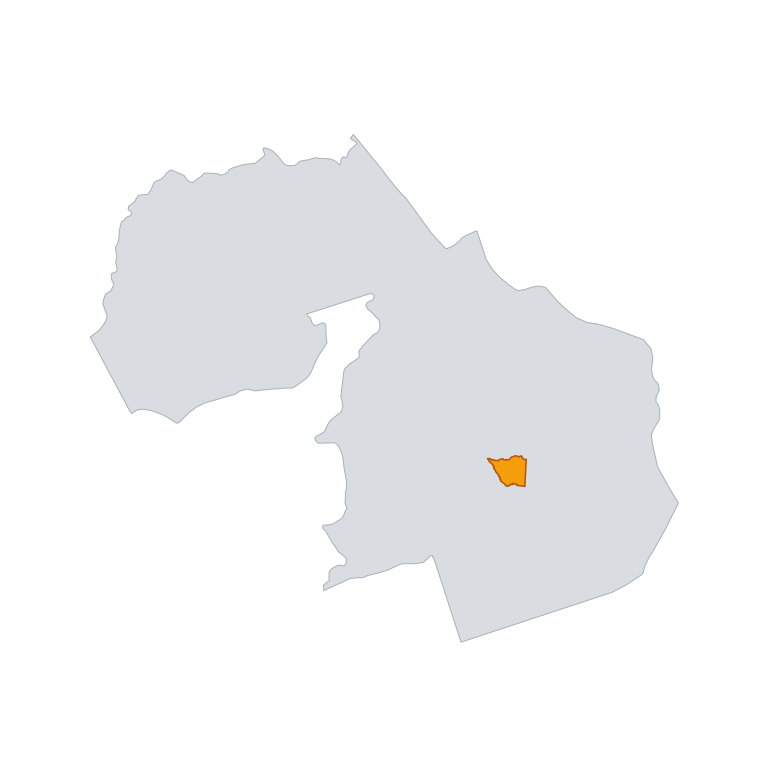 Nkeyema, Western, Zambia (highlighted), rotated 252°
{"feature_id": "96606910B42234900410364", "entity_name": "Nkeyema", "entity_type": "district", "adm_level": 2, "iso_a3": "ZMB", "parent_name": "Zambia", "parent_adm1": "Western", "projection": "natural_earth1", "projection_center": [25.215, -14.864], "detail": "fine", "context": "in_parent", "style": "filled", "palette": "amber", "viewbox_px": 768, "rotation_deg": 252, "n_neighbors": 0, "source": "geoboundaries", "source_scale": "gbopen_adm2", "svg_char_len": 7349}
<svg xmlns="http://www.w3.org/2000/svg" viewBox="0 0 768 768"><g transform="rotate(252 384 384)"><path d="M501.1,519.6L470.6,519.7L459.5,522.5L450.3,526.8L439.4,533.5L433.1,538.2L431.3,540.8L430.4,546.5L430.4,555.3L429.3,561.7L425.9,567.5L409.4,574.5L398.6,580.3L387.9,587.1L379.9,595.9L374.4,606.8L365.2,620.2L346.1,644.3L335.1,648.8L325.8,647.8L314.7,642.7L305.8,641.8L299.3,644.9L293.2,643.9L287.7,638.9L283.0,637.1L279.2,638.4L274.4,638.2L265.6,635.4L258.0,626.8L253.9,623.3L250.7,621.9L241.6,620.6L220.6,618.6L198.9,622.8L179.8,627.2L160.3,608.1L141.5,587.8L137.5,582.7L130.4,576.0L125.3,572.7L123.3,571.0L118.2,553.0L115.4,536.5L114.7,377.5L200.5,377.5L206.0,376.8L206.2,375.1L202.3,366.7L202.5,363.7L203.5,357.9L207.3,346.4L207.5,342.6L205.8,330.0L205.9,323.1L206.9,308.9L206.3,304.1L208.3,297.8L209.0,293.6L209.8,291.7L208.8,286.9L207.0,270.1L206.0,263.1L211.2,264.1L212.9,267.6L213.9,271.4L216.2,271.6L222.3,273.8L224.5,276.9L225.9,283.7L225.0,287.1L223.1,289.9L225.0,292.4L229.1,294.0L231.5,293.5L238.4,288.9L244.8,287.2L248.0,286.0L262.2,283.0L265.0,281.4L267.0,281.4L268.4,282.7L267.2,287.5L266.7,291.7L268.5,299.7L269.8,303.4L272.8,306.2L274.9,307.6L277.3,310.4L282.2,310.0L293.1,314.0L296.4,315.9L301.0,317.8L304.2,318.5L315.4,319.9L327.2,322.2L333.4,322.4L337.7,321.8L340.8,320.7L342.7,319.4L343.5,318.3L348.0,303.1L350.3,301.9L353.2,301.1L354.9,302.5L356.8,312.1L365.4,320.7L368.3,328.0L370.4,334.2L372.2,335.9L375.5,338.0L380.7,338.8L385.3,339.0L408.3,349.6L410.8,351.6L413.6,357.2L415.3,363.6L417.1,368.6L420.1,369.6L422.7,370.0L425.4,373.5L427.3,376.5L434.1,389.0L435.0,394.0L438.3,397.3L442.8,398.7L447.0,398.9L449.3,397.4L455.2,394.8L459.8,391.9L463.2,390.8L465.2,391.5L466.7,393.5L467.6,399.7L470.9,401.9L473.3,401.0L474.2,398.6L474.3,397.3L474.5,332.1L472.5,332.5L469.8,334.4L463.7,334.6L461.3,336.0L460.6,338.0L461.0,340.8L461.1,344.5L460.2,346.2L457.6,346.9L453.7,345.5L446.7,343.6L440.9,342.5L436.7,337.6L431.0,330.2L427.3,326.5L418.4,318.8L416.9,317.2L414.2,313.6L411.8,307.5L409.6,300.4L408.4,295.9L410.6,289.0L415.9,266.4L417.2,259.3L421.5,252.2L421.9,245.8L420.1,237.6L420.6,233.1L421.3,207.2L420.1,199.0L417.2,189.9L410.7,177.3L410.8,174.6L420.7,166.4L423.7,163.3L429.0,156.7L432.5,151.0L434.7,146.4L435.5,140.5L433.8,134.9L437.3,133.8L519.5,119.2L520.7,123.1L523.2,129.5L526.0,134.3L529.5,138.4L532.5,140.9L534.5,141.7L547.2,141.4L551.7,143.9L555.7,147.1L556.6,152.1L559.2,155.2L562.0,157.6L563.2,157.9L565.3,157.3L568.7,157.3L571.8,158.3L573.3,159.4L573.5,163.6L574.4,165.4L578.7,166.1L583.0,166.5L587.2,169.3L591.8,169.8L597.0,170.9L599.5,173.9L605.1,177.1L611.9,179.8L619.4,184.4L619.6,185.8L620.9,188.5L622.2,190.5L622.3,193.3L622.9,196.0L624.8,196.6L626.4,196.8L627.9,194.9L629.9,194.9L632.1,196.2L632.9,199.2L634.6,203.3L637.3,206.1L639.2,208.8L638.5,213.8L637.3,218.3L641.1,222.7L646.0,227.0L647.3,228.8L647.6,235.1L648.4,237.3L651.7,242.5L653.3,246.0L653.2,248.0L644.1,258.3L638.6,259.9L636.2,262.0L634.7,264.2L638.2,274.5L640.1,278.4L638.4,283.3L634.8,291.7L633.2,292.4L632.8,298.7L633.9,301.0L635.7,302.8L636.3,307.1L636.1,317.7L633.8,329.8L637.7,340.3L639.1,341.4L644.7,341.5L645.7,342.4L644.3,345.4L640.3,350.0L633.2,353.6L622.9,357.6L620.8,361.4L619.4,366.9L620.5,370.2L621.8,372.1L621.4,376.9L620.4,382.0L620.7,386.0L620.2,389.6L618.9,391.3L617.0,396.7L614.8,402.0L613.0,404.5L610.4,407.0L606.4,409.2L606.4,410.3L611.0,412.8L612.2,414.5L612.6,415.7L610.7,418.4L612.7,420.0L615.3,421.4L617.7,425.0L620.5,431.7L621.0,432.4L621.8,432.5L623.3,431.8L626.1,429.0L628.2,428.1L630.6,432.0L587.8,448.6L577.7,452.0L562.7,457.9L557.9,460.1L553.9,462.3L514.1,475.3L507.9,477.8L493.8,484.5L493.4,485.6L493.5,488.6L494.7,494.9L497.1,500.6L499.2,503.8L500.4,512.3L501.1,519.6Z" fill="#d9dde1" stroke="#a8b0b8" stroke-width="1"/><path d="M245.3,481.7L243.1,486.3L268.3,496.0L268.3,495.3L268.4,495.0L268.5,494.7L268.9,494.2L269.3,493.8L269.6,493.6L269.8,493.6L270.5,493.1L270.7,492.9L270.9,492.8L271.4,492.5L271.5,492.5L271.8,492.5L272.4,492.8L272.7,492.8L272.9,492.7L273.1,492.6L273.2,492.4L273.2,492.1L273.2,491.9L273.2,490.5L273.2,490.1L273.0,489.6L273.1,489.4L273.5,489.1L273.9,488.9L274.1,488.7L274.2,488.2L274.4,487.8L274.8,487.5L275.0,487.2L275.1,486.9L275.1,486.4L275.2,486.1L275.2,485.9L275.1,485.6L275.0,485.1L274.9,484.7L275.0,484.2L275.2,483.8L275.1,483.3L275.1,483.2L275.1,482.9L275.1,482.6L275.0,482.3L274.7,482.1L274.6,481.8L274.3,481.1L273.9,480.5L273.6,479.7L273.5,479.3L273.5,479.1L273.5,478.9L273.5,478.5L273.6,478.2L274.0,477.4L274.3,477.3L274.3,477.0L274.2,476.6L274.4,476.2L274.3,475.7L274.4,475.3L274.6,475.0L274.7,474.8L275.0,474.7L275.2,474.3L275.4,474.1L275.6,474.0L275.8,474.1L276.1,474.1L276.2,473.8L276.3,473.4L276.3,473.1L276.4,472.6L276.3,471.8L276.3,471.6L276.4,471.3L276.5,471.0L276.6,470.6L276.6,470.4L276.1,469.6L275.7,469.1L275.6,468.8L275.7,468.6L276.1,467.9L276.7,467.3L276.9,466.6L277.0,466.3L277.0,466.0L277.1,465.7L277.4,465.6L277.6,465.2L277.8,464.9L278.0,464.6L278.4,464.1L278.4,463.7L278.4,463.3L278.7,463.0L278.7,462.7L278.7,462.4L279.0,462.4L279.3,462.6L279.6,462.6L279.7,462.3L280.2,461.8L280.3,461.4L280.4,461.0L280.6,460.7L280.7,460.4L280.9,460.1L281.0,460.1L281.1,459.8L281.0,459.5L280.9,459.5L280.5,459.5L280.2,460.0L279.8,460.1L279.5,460.1L279.2,460.1L278.9,460.2L278.3,460.1L278.2,460.1L277.9,460.2L277.6,460.1L277.2,460.3L277.0,460.5L276.5,460.9L276.3,461.0L276.2,461.0L275.9,461.2L275.4,461.5L275.1,461.7L274.9,461.8L274.2,462.2L274.1,462.3L273.9,462.4L273.7,462.4L273.4,462.4L273.2,462.6L272.9,462.5L272.7,462.5L272.4,462.6L272.3,462.8L272.2,462.9L271.9,462.7L271.6,462.7L271.4,462.8L271.2,462.8L271.1,462.7L270.9,462.7L270.9,462.8L270.7,462.7L270.4,462.5L270.3,462.4L270.2,462.4L270.0,462.5L269.9,462.7L269.6,462.7L269.4,462.6L269.0,462.5L268.9,462.5L268.7,462.5L268.4,462.7L268.3,462.8L268.2,462.9L268.1,463.0L267.9,463.2L267.7,463.1L267.4,463.1L267.2,463.0L266.9,463.1L266.6,463.2L266.4,463.2L266.2,463.2L266.0,463.3L265.9,463.5L265.7,463.5L265.6,463.4L265.5,463.5L265.4,463.5L265.2,463.5L264.9,463.6L264.7,463.6L264.4,463.7L264.3,463.8L264.2,463.9L264.1,464.0L263.8,464.0L263.7,464.0L263.4,464.3L263.1,464.5L262.9,464.6L262.7,464.7L262.6,464.8L262.3,464.8L262.3,464.6L262.2,464.6L261.8,464.5L261.7,464.5L261.4,464.7L261.2,464.6L260.9,464.7L260.7,464.7L260.7,464.8L260.4,464.9L260.4,465.0L260.4,465.3L260.2,465.3L260.0,465.2L259.9,465.1L259.7,465.2L259.4,465.1L259.2,465.1L259.1,465.3L258.9,465.2L258.5,465.0L258.4,464.9L258.2,465.0L258.0,464.9L257.9,465.0L257.7,465.0L257.3,465.0L257.2,465.1L256.9,465.1L256.7,465.2L256.5,465.3L256.4,465.2L256.1,465.1L255.8,465.0L254.8,465.6L254.3,465.9L253.6,466.3L253.4,466.4L253.1,466.8L252.9,467.0L252.5,467.2L252.2,467.5L251.9,467.6L251.7,467.8L251.3,467.8L251.2,467.9L250.9,468.0L250.7,468.1L250.4,468.3L250.2,468.4L249.8,468.4L249.8,468.5L249.6,468.5L249.4,468.7L249.3,468.8L249.2,469.1L249.1,469.3L248.9,469.5L248.8,469.8L248.7,469.9L248.5,470.1L248.4,470.3L248.2,470.5L248.1,470.4L249.4,473.4L249.3,473.5L249.4,473.4L249.4,473.5L249.5,473.7L249.5,473.8L249.4,473.9L249.2,474.0L248.9,474.2L248.9,474.3L248.8,474.5L248.9,474.9L249.0,474.9L249.0,475.0L249.1,474.9L249.2,475.1L249.3,475.4L249.3,475.5L249.2,475.6L249.3,475.7L249.2,475.7L249.3,475.8L249.2,475.8L249.1,476.1L249.0,476.3L249.0,476.5L249.1,476.8L248.1,478.0L247.7,479.3L246.6,478.9L245.3,481.7Z" fill="#f59e0b" stroke="#b45309" stroke-width="1.5"/></g></svg>